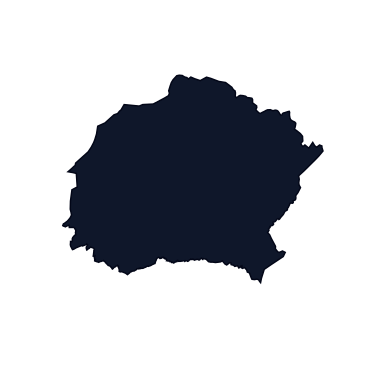 Rogo, Kano, Nigeria, rotated 46°
{"feature_id": "59680162B53174064204838", "entity_name": "Rogo", "entity_type": "district", "adm_level": 2, "iso_a3": "NGA", "parent_name": "Nigeria", "parent_adm1": "Kano", "projection": "equal_earth", "projection_center": [7.869, 11.51], "detail": "fine", "context": "isolated", "style": "filled", "palette": "ink", "viewbox_px": 384, "rotation_deg": 46, "n_neighbors": 0, "source": "geoboundaries", "source_scale": "gbopen_adm2", "svg_char_len": 5983}
<svg xmlns="http://www.w3.org/2000/svg" viewBox="0 0 384 384"><g transform="rotate(46 192 192)"><path d="M160.7,308.0L160.7,306.6L160.8,306.3L161.1,305.0L161.1,303.2L163.2,302.2L163.4,302.0L164.3,301.7L165.7,302.3L165.8,303.1L166.0,303.2L168.8,306.6L169.5,307.6L170.5,306.9L170.6,306.5L171.3,307.7L171.4,307.9L172.5,308.4L173.1,309.0L173.1,308.7L173.4,308.4L174.1,309.8L176.4,308.7L177.2,308.1L177.8,307.9L178.0,306.9L178.3,306.4L178.7,305.6L178.9,305.4L179.8,303.2L180.6,303.4L182.1,302.9L182.5,303.1L182.7,303.3L183.2,303.2L184.2,303.3L184.7,303.2L186.6,303.3L187.8,302.6L188.2,302.5L188.9,302.4L189.9,302.5L190.1,302.4L190.9,302.5L191.7,302.8L192.2,302.7L192.2,301.6L192.1,301.2L192.1,300.3L192.3,299.7L192.5,299.3L192.6,298.0L192.8,297.0L193.0,296.4L193.5,296.5L193.9,296.6L194.0,296.5L194.4,296.6L194.3,296.9L194.6,296.9L194.8,297.2L195.1,297.2L196.9,298.0L197.8,298.8L198.5,299.2L198.6,299.5L199.3,299.3L199.8,298.9L200.6,297.8L204.2,296.2L206.6,295.8L206.8,293.4L206.7,291.0L207.2,291.0L207.4,290.1L207.7,289.6L208.7,288.3L208.9,286.9L209.2,286.1L209.2,285.5L209.0,284.7L209.4,284.4L210.5,282.4L210.7,283.1L211.4,282.1L211.7,281.5L212.6,280.5L213.0,279.8L213.2,279.0L214.0,277.2L213.9,276.6L214.7,275.1L215.1,275.1L216.2,272.8L216.7,270.7L217.1,269.8L217.4,268.8L217.7,268.3L217.1,267.3L216.8,266.7L216.5,266.3L216.3,265.5L215.5,263.9L215.4,263.0L215.5,262.0L215.9,261.3L216.3,261.3L216.5,261.1L216.8,261.2L217.1,261.1L217.1,260.8L217.3,260.7L217.6,260.7L217.7,261.0L217.8,260.9L218.3,260.1L218.2,259.9L218.2,259.7L218.1,259.1L218.4,258.7L218.9,258.6L218.8,258.2L219.0,258.0L219.6,258.3L219.9,257.9L220.1,257.6L220.3,257.8L220.7,257.6L220.8,257.9L221.0,257.9L221.0,257.6L221.5,257.3L221.9,257.4L221.9,257.0L222.3,257.0L222.9,257.2L223.0,257.2L223.5,257.7L223.9,257.5L224.0,257.6L224.0,257.8L224.4,257.5L225.0,257.2L225.7,256.0L225.8,256.0L226.0,256.3L226.5,255.9L227.0,256.2L227.3,255.7L227.8,255.2L228.2,255.1L228.6,255.6L228.9,255.4L229.0,255.0L229.8,254.5L230.4,254.5L230.5,254.3L230.4,253.8L230.3,253.4L230.4,253.1L231.1,252.3L231.2,252.0L231.1,251.5L230.8,251.4L230.9,251.2L230.8,250.8L230.9,250.4L231.1,250.5L231.4,250.6L231.3,250.2L231.4,249.9L231.5,249.8L231.8,250.2L232.6,249.8L233.2,249.1L233.3,248.8L234.1,248.2L234.2,247.6L234.8,247.2L235.0,246.6L235.5,245.9L236.1,245.4L236.2,245.2L236.9,245.4L237.0,245.1L236.8,244.5L237.0,244.2L238.2,243.3L238.7,243.4L239.1,242.8L239.2,241.8L239.0,240.9L239.6,239.9L239.4,239.6L239.5,239.4L240.4,239.1L240.7,238.8L240.6,238.4L240.7,238.2L241.5,237.6L241.8,237.8L242.7,237.6L242.8,236.8L243.1,236.7L243.4,236.4L243.4,235.9L243.8,235.3L244.7,234.4L245.2,234.5L245.5,234.4L246.0,234.0L246.1,233.4L245.9,232.9L246.0,232.3L246.2,231.2L246.4,231.0L246.8,231.1L247.4,231.1L247.6,231.2L248.0,231.1L247.9,230.8L247.7,230.4L247.8,230.0L250.3,228.5L253.6,228.5L255.4,227.3L256.8,225.8L259.0,224.1L262.1,220.0L262.6,218.0L266.7,218.3L268.6,217.7L269.0,214.1L270.0,213.3L271.4,214.3L273.5,213.0L275.2,212.9L276.7,210.4L279.1,211.1L279.5,210.1L279.2,208.4L279.7,207.1L280.3,207.3L280.9,209.0L282.0,208.8L282.9,206.7L286.1,206.8L288.0,207.8L290.1,206.9L294.9,209.0L296.4,209.5L298.4,207.9L299.7,205.9L301.3,205.0L303.3,205.5L304.8,205.6L302.3,202.0L297.8,193.8L299.2,185.4L301.8,171.2L300.2,166.9L297.3,167.9L296.2,170.9L294.9,171.9L290.8,171.5L289.1,169.7L280.4,167.2L276.7,165.9L273.7,165.8L273.0,163.2L271.8,162.6L271.7,161.8L271.7,161.0L271.6,160.3L271.0,159.8L271.1,159.1L271.4,158.2L272.0,157.2L271.9,155.8L271.6,155.5L270.5,155.3L270.0,154.9L270.2,154.2L270.7,153.6L271.0,152.5L270.6,149.6L270.8,148.7L271.3,148.4L272.1,148.6L272.3,147.9L271.9,145.9L271.6,142.0L271.2,140.7L270.8,139.7L270.5,138.3L270.9,137.0L271.1,135.9L270.0,134.5L269.9,133.3L268.8,130.5L268.3,129.6L268.4,128.8L269.1,128.2L270.0,127.3L269.9,126.5L268.5,125.4L269.1,124.2L269.4,123.2L269.1,122.3L268.4,121.4L266.7,120.0L266.0,116.2L264.2,110.9L261.5,110.2L259.6,108.9L257.3,106.0L254.4,104.1L254.6,96.7L254.4,81.1L254.2,75.9L253.5,69.3L250.2,67.6L249.1,66.6L246.8,67.6L246.4,71.2L243.9,71.6L240.2,70.7L241.6,77.5L236.6,78.1L236.4,80.7L234.4,80.6L232.7,80.1L232.3,76.9L230.5,75.4L228.7,73.8L225.4,73.5L220.5,74.1L218.0,74.7L217.1,73.0L215.7,70.9L214.6,69.6L213.1,69.5L210.5,70.5L208.4,70.8L206.7,70.1L204.4,68.5L203.3,67.4L202.7,66.6L201.6,66.0L201.0,66.8L199.3,70.3L198.6,71.5L198.5,72.6L199.1,73.8L198.6,74.8L196.8,74.6L195.2,74.2L193.5,74.0L192.2,74.3L190.9,75.3L190.1,76.8L189.5,77.5L187.2,78.5L185.3,80.7L184.7,82.4L184.3,84.0L183.6,86.0L183.0,88.2L182.1,88.8L179.6,89.0L177.6,89.0L176.8,88.3L176.3,86.8L174.9,85.7L169.9,86.5L167.7,84.3L166.3,83.8L165.7,84.1L164.1,85.3L162.3,86.8L160.4,86.9L158.1,88.4L156.0,90.2L155.4,91.9L155.4,93.4L155.1,94.5L153.1,94.4L152.0,93.1L150.9,91.9L149.1,90.8L147.2,91.2L144.3,90.6L136.6,91.8L131.1,95.9L123.3,99.6L119.5,101.8L117.6,108.7L112.4,111.4L108.5,113.0L108.2,116.1L106.1,116.2L104.2,117.4L101.4,118.1L99.1,120.1L97.8,122.2L98.1,127.6L99.0,130.9L100.6,134.1L103.0,138.4L105.3,139.7L106.4,142.0L105.3,146.7L101.8,158.8L94.9,166.7L93.5,170.3L82.0,180.1L83.7,186.1L83.5,187.9L83.9,191.1L82.3,194.5L81.9,206.6L79.2,214.1L84.0,220.4L86.9,225.6L88.2,228.5L89.8,233.3L91.0,238.8L90.4,255.6L91.8,257.7L91.6,258.8L91.5,263.9L91.3,267.1L95.4,264.1L98.3,262.3L108.7,271.1L107.0,276.8L114.1,285.7L119.8,291.5L122.9,293.3L124.9,294.7L125.4,296.1L125.9,297.4L126.2,299.6L126.4,301.8L125.9,305.8L125.6,306.6L126.4,308.3L127.2,308.2L127.6,307.9L128.5,307.4L129.0,307.4L129.9,304.6L130.4,303.5L132.3,304.9L135.3,301.7L136.6,301.5L137.0,301.8L137.5,301.9L138.1,301.8L138.3,302.1L138.8,302.3L139.3,302.6L140.2,304.0L142.0,305.3L141.8,305.7L141.8,306.1L141.6,306.6L141.9,309.3L142.3,310.3L142.6,310.7L143.6,311.6L144.3,312.8L143.2,313.7L143.9,314.4L145.4,316.1L146.7,316.9L150.4,318.0L151.0,316.8L151.6,314.2L153.2,310.1L153.6,309.2L154.5,307.8L154.9,308.0L156.0,305.3L156.3,304.3L156.3,303.8L157.6,303.8L158.1,306.0L158.3,306.4L159.1,307.2L159.8,307.5L160.5,308.0L160.7,308.0Z" fill="#0f172a" stroke="#020617" stroke-width="1.5"/></g></svg>